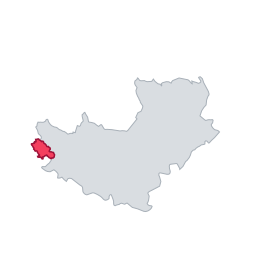 Lola, Lola, Guinea (highlighted), rotated 129°
{"feature_id": "49546643B14657084308206", "entity_name": "Lola", "entity_type": "district", "adm_level": 2, "iso_a3": "GIN", "parent_name": "Guinea", "parent_adm1": "Lola", "projection": "natural_earth1", "projection_center": [-8.248, 8.016], "detail": "fine", "context": "in_parent", "style": "filled", "palette": "rose", "viewbox_px": 256, "rotation_deg": 129, "n_neighbors": 0, "source": "geoboundaries", "source_scale": "gbopen_adm2", "svg_char_len": 6363}
<svg xmlns="http://www.w3.org/2000/svg" viewBox="0 0 256 256"><g transform="rotate(129 128 128)"><path d="M153.0,167.4L151.2,167.1L150.4,167.5L148.0,170.7L146.6,172.0L144.4,171.6L143.6,171.8L143.0,171.4L143.8,169.7L145.0,166.2L147.9,162.7L147.9,161.9L146.7,159.9L145.5,157.1L145.5,154.1L145.3,151.9L142.7,151.3L142.2,150.9L142.2,150.2L143.6,146.5L143.7,145.7L143.6,145.0L142.0,143.1L139.5,139.6L135.3,132.3L133.7,130.8L132.2,128.6L131.6,127.1L130.1,126.6L115.3,126.7L115.0,128.6L109.9,129.9L106.8,128.4L103.3,129.3L101.6,130.3L100.3,134.5L99.5,135.4L98.8,137.3L98.1,138.4L97.3,140.5L95.7,143.4L93.9,145.4L90.9,146.4L90.0,149.5L89.3,150.7L88.2,151.6L87.0,152.2L84.5,151.6L83.2,152.2L83.0,151.4L83.7,148.9L83.1,147.6L80.8,145.0L80.6,143.8L79.9,142.2L76.8,138.9L74.0,139.1L74.8,136.3L74.8,132.6L73.8,130.6L74.1,128.5L73.5,128.6L72.6,130.0L71.0,129.6L67.9,127.4L66.4,125.3L66.2,123.4L65.9,122.7L64.9,123.1L63.0,123.1L57.0,119.8L52.8,111.7L52.8,109.9L53.4,106.7L53.2,105.9L51.3,108.0L50.9,106.6L49.5,103.3L49.0,101.4L47.6,100.6L46.5,100.4L45.6,101.1L44.4,104.9L43.6,104.8L42.7,104.0L42.9,101.2L45.2,97.6L49.0,88.6L50.4,86.6L51.3,85.9L53.1,85.8L56.6,84.6L61.0,81.8L64.3,82.0L68.2,81.6L73.3,79.7L73.4,73.7L73.2,72.3L71.4,71.1L70.4,70.1L69.5,68.7L68.4,67.8L68.4,66.8L70.7,65.5L72.8,65.5L73.4,65.0L74.0,64.1L74.6,62.0L74.8,59.7L73.4,56.6L73.5,54.4L81.0,54.7L85.1,55.3L88.5,55.5L89.0,56.0L88.5,58.1L88.9,59.4L90.1,59.7L92.0,58.2L92.9,58.6L95.0,60.4L97.0,60.9L99.1,61.9L101.1,62.4L102.9,62.4L104.2,63.4L106.7,63.7L109.9,62.4L112.5,61.8L116.0,61.7L117.9,62.1L123.3,61.1L127.6,61.7L126.9,62.4L124.9,67.2L125.2,68.1L129.5,72.2L130.5,72.5L131.7,71.9L133.6,70.0L135.0,68.0L136.5,67.0L138.1,67.1L139.4,68.5L142.5,74.6L143.3,75.3L144.0,75.3L145.4,74.2L146.0,72.9L148.9,68.8L153.3,66.8L163.8,71.4L165.4,71.8L166.3,71.4L167.6,68.7L171.5,66.4L173.4,65.8L174.5,65.7L174.9,65.0L175.1,63.9L174.9,62.7L173.7,60.7L173.7,60.0L174.4,59.7L175.9,59.4L177.8,59.6L180.0,60.4L181.8,61.7L182.8,63.3L184.8,69.7L187.0,74.7L186.9,81.4L187.9,82.1L189.0,82.4L189.5,82.9L190.5,85.7L191.6,86.5L192.8,86.7L195.0,88.4L196.5,89.1L196.7,89.7L196.7,90.4L196.1,91.3L193.9,93.2L192.8,94.8L190.6,98.6L190.5,99.3L191.0,99.8L191.9,99.9L192.9,99.7L194.9,98.3L196.6,98.8L198.1,99.8L198.7,100.9L198.8,102.4L198.5,104.2L198.4,106.3L198.9,109.9L199.8,113.4L200.6,114.7L205.8,117.9L206.3,119.0L206.5,120.4L206.2,122.2L205.6,123.2L202.8,125.9L202.3,127.3L202.6,129.7L202.8,140.1L203.9,141.9L205.2,142.8L208.3,142.3L208.3,145.2L207.8,148.4L209.7,149.4L210.6,150.4L211.1,151.3L208.2,153.0L207.4,154.1L207.0,156.8L207.1,159.3L211.0,161.0L212.4,163.1L213.1,165.3L213.3,169.4L213.0,170.3L212.0,170.4L210.0,167.9L207.0,167.6L204.8,167.1L201.1,167.4L200.4,168.2L200.0,173.6L200.9,174.5L202.7,175.6L203.8,176.0L204.8,175.9L205.6,176.6L205.7,178.3L205.2,179.7L204.2,180.9L203.0,184.0L203.3,186.9L201.2,191.5L200.6,192.4L197.8,191.5L196.0,191.2L194.7,192.4L192.8,190.6L192.5,189.2L191.8,188.9L190.6,188.9L189.5,189.7L189.0,191.1L188.8,194.1L186.7,196.9L185.3,200.3L183.6,200.0L183.3,200.4L181.5,201.3L180.0,201.6L179.6,200.7L178.7,199.9L177.7,198.4L176.6,197.2L174.5,196.4L173.6,196.8L172.6,196.7L172.0,196.2L172.0,195.5L173.2,193.7L173.8,192.0L174.2,190.2L174.2,188.4L173.6,186.0L172.6,184.1L172.4,182.9L172.5,181.3L172.3,179.8L171.9,179.1L171.5,176.2L170.9,175.7L170.6,173.5L170.7,171.1L169.9,170.3L168.6,169.6L167.8,168.7L167.3,167.7L166.9,167.4L166.5,167.5L166.1,168.1L165.7,168.2L164.9,166.1L164.6,166.0L164.1,166.5L158.0,168.9L157.3,166.8L156.1,166.5L154.1,167.3L153.0,167.4Z" fill="#d9dde1" stroke="#a8b0b8" stroke-width="1"/><path d="M195.2,173.1L195.6,173.6L195.7,173.9L195.7,174.1L195.7,174.3L195.6,174.7L195.2,174.8L194.7,174.9L194.4,175.0L194.1,175.1L193.6,175.0L193.3,175.4L192.9,175.5L192.7,176.0L192.5,176.3L192.6,176.6L192.6,176.9L192.7,177.1L192.8,177.3L192.7,177.7L192.5,178.0L192.5,178.3L192.8,178.4L193.2,178.9L193.4,179.2L193.4,179.7L193.1,180.1L192.8,180.9L192.6,181.4L192.6,181.9L192.5,182.3L192.5,182.6L192.7,183.0L192.8,183.2L192.8,183.6L192.7,183.8L192.5,184.0L192.4,184.2L192.4,184.4L192.3,184.6L191.9,185.0L191.8,185.5L191.9,186.0L192.2,186.2L192.6,186.3L192.9,186.5L192.9,186.9L192.7,187.4L192.8,187.5L192.9,188.6L193.0,188.8L193.0,189.0L193.1,189.9L192.8,190.5L193.0,190.7L193.1,190.9L193.3,191.1L194.6,192.0L194.8,192.2L195.0,192.5L195.7,191.6L196.3,191.0L196.5,190.9L196.8,190.9L196.9,191.0L197.0,191.1L197.1,191.3L197.1,191.5L197.1,191.8L197.4,192.0L197.5,192.0L197.7,191.9L197.8,191.9L198.4,191.3L198.5,191.3L198.7,191.2L198.9,191.2L199.0,191.3L199.0,191.5L199.1,191.8L200.0,192.1L200.5,192.5L201.0,193.0L201.5,192.7L201.6,192.4L201.8,192.1L201.9,191.7L202.0,190.9L202.0,190.7L202.3,190.1L202.5,189.9L202.6,189.5L202.7,188.9L202.7,188.7L202.9,188.4L203.1,188.3L203.3,188.2L203.6,188.1L203.8,188.0L203.8,187.6L203.8,187.2L203.9,186.7L204.3,186.1L204.3,185.9L204.3,185.6L204.2,185.6L204.1,185.4L203.3,184.6L203.2,184.4L203.2,184.2L203.3,184.0L203.4,183.6L203.5,183.6L203.8,183.2L204.0,182.8L204.0,182.7L204.2,182.1L204.4,181.6L204.5,181.3L204.7,180.5L204.5,180.2L204.6,179.9L204.8,179.7L205.0,179.6L205.3,179.7L205.5,179.6L205.8,179.6L205.9,179.4L206.1,179.5L206.1,180.0L206.3,180.0L206.6,180.0L206.9,180.1L207.0,180.3L207.2,180.1L207.2,179.8L207.1,179.6L207.2,179.4L206.8,179.2L206.7,178.8L206.4,178.3L206.2,178.3L206.1,178.1L205.7,177.9L205.6,177.7L205.7,177.4L205.6,177.2L205.7,176.9L205.8,176.6L205.7,176.5L205.7,176.2L205.9,175.8L206.0,175.7L206.1,175.3L206.0,175.1L205.8,175.1L205.6,175.3L205.4,175.4L205.1,175.0L205.1,174.9L204.9,175.0L204.8,175.6L204.7,175.6L204.4,176.0L204.0,176.0L203.9,176.0L203.8,175.8L203.7,175.8L203.6,175.7L203.4,175.4L203.0,175.2L202.1,175.2L201.8,175.1L201.5,174.9L201.1,174.3L200.9,174.2L200.7,174.2L200.6,174.4L200.4,174.3L200.2,174.2L200.2,173.8L200.2,173.6L200.2,173.4L200.4,173.3L200.5,173.1L200.6,172.9L200.6,172.7L200.6,172.4L200.4,171.8L200.4,171.6L200.6,171.2L200.7,170.9L200.7,170.7L200.6,170.4L200.4,169.8L200.4,169.7L200.4,169.4L200.4,168.9L200.2,168.5L199.9,168.4L199.7,168.5L199.4,168.4L199.3,168.0L198.8,168.0L198.6,167.8L198.4,167.5L198.2,167.2L197.6,167.3L197.2,167.1L196.8,167.2L196.5,167.5L196.0,167.7L195.6,167.9L195.1,168.2L194.9,168.4L194.7,168.9L194.6,169.6L194.4,169.8L194.3,170.0L194.2,170.1L193.9,170.5L194.0,170.7L194.3,171.1L194.5,171.5L194.6,172.1L194.8,172.6L195.2,173.1Z" fill="#f43f5e" stroke="#9f1239" stroke-width="1.5"/></g></svg>